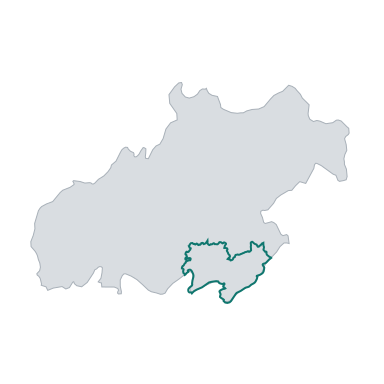 where Zlatiborski sits in Republic of Serbia, rotated 280°
{"feature_id": "SRB-1505", "entity_name": "Zlatiborski", "entity_type": "District", "adm_level": 1, "iso_a3": "SRB", "parent_name": "Republic of Serbia", "parent_adm1": "", "projection": "equal_earth", "projection_center": [19.945, 43.584], "detail": "fine", "context": "in_parent", "style": "outline", "palette": "teal", "viewbox_px": 384, "rotation_deg": 280, "n_neighbors": 0, "source": "natural_earth", "source_scale": "10m", "svg_char_len": 8906}
<svg xmlns="http://www.w3.org/2000/svg" viewBox="0 0 384 384"><g transform="rotate(280 192 192)"><path d="M217.2,143.2L226.8,146.0L231.1,148.6L233.5,152.0L239.6,154.3L249.5,155.4L256.4,158.9L260.4,164.9L266.7,163.4L275.4,154.7L283.9,152.4L292.5,156.6L297.1,160.0L298.0,162.7L296.0,163.8L291.3,163.3L287.4,165.0L284.4,168.9L284.0,173.0L286.2,177.4L289.3,180.4L293.2,182.1L295.3,184.4L295.6,187.3L296.6,188.1L294.4,189.4L292.1,191.4L290.7,194.9L290.5,200.5L283.0,204.9L280.2,205.7L278.9,208.6L277.0,216.8L277.4,223.0L278.4,226.2L278.9,228.8L281.4,231.9L283.7,236.8L285.3,243.2L288.6,248.2L297.1,253.1L301.3,255.9L304.5,260.0L306.9,263.8L313.9,268.7L313.4,272.3L312.0,275.7L310.4,277.4L307.0,281.8L303.7,284.3L298.2,292.2L289.4,292.7L287.3,293.3L284.1,295.4L282.5,299.4L284.1,302.5L284.0,305.7L282.5,312.0L284.7,318.6L287.8,321.7L288.3,323.5L287.8,326.6L283.3,333.0L281.9,335.3L277.3,336.5L275.7,335.9L273.3,333.7L271.0,333.0L265.5,335.6L259.9,337.2L255.4,336.0L251.1,335.8L248.0,336.9L245.7,337.3L241.3,340.1L234.1,342.1L230.8,341.7L229.5,339.1L228.1,335.4L228.8,333.7L233.5,330.8L234.0,328.0L240.5,314.6L241.8,310.2L241.8,308.8L240.1,307.9L236.4,307.9L220.2,302.5L220.9,296.3L216.2,292.9L211.0,290.0L210.1,286.6L204.4,279.9L200.3,276.2L195.0,274.3L190.4,271.5L187.6,269.8L186.4,266.7L186.4,264.9L185.0,263.1L182.8,263.3L179.1,265.8L174.5,267.9L173.7,269.5L175.4,273.2L176.6,275.5L176.1,277.8L174.6,280.6L165.8,286.9L164.8,289.1L166.5,292.6L165.5,294.2L158.1,296.6L158.3,294.6L157.8,291.5L153.6,288.2L147.6,285.7L134.3,276.9L129.2,275.8L124.7,274.8L118.1,270.6L114.8,269.8L111.1,266.8L103.0,256.8L96.1,251.3L91.4,248.5L90.1,245.8L89.9,243.0L90.0,242.1L93.6,238.2L96.3,237.6L99.8,237.5L102.2,239.5L105.2,239.9L106.9,237.3L107.8,233.7L107.4,229.0L100.1,218.2L93.8,210.6L93.1,209.0L94.5,207.5L96.7,206.8L99.0,207.4L105.2,208.0L111.1,207.3L113.1,205.4L113.1,202.9L111.0,200.6L104.1,194.4L98.7,189.0L92.4,184.8L87.8,183.1L86.4,181.0L85.8,178.7L86.4,174.6L86.7,169.3L87.8,166.0L92.0,159.7L96.1,153.1L98.6,146.7L99.9,140.8L99.5,139.1L97.4,137.8L92.9,136.6L86.8,137.7L81.5,139.8L79.5,140.0L78.8,137.3L79.6,136.2L81.3,136.3L82.6,136.8L84.1,135.6L84.9,132.0L82.8,119.7L86.7,118.6L86.8,116.8L87.2,115.2L91.2,117.3L96.9,117.4L101.8,116.9L102.6,115.7L102.5,114.0L101.5,112.6L99.8,111.5L98.5,109.8L95.1,109.0L84.7,104.5L79.5,99.8L79.7,94.8L81.3,92.1L83.1,91.1L82.5,90.2L76.6,87.9L74.6,84.6L76.3,80.5L73.3,72.1L70.1,67.0L73.3,64.7L73.7,61.5L74.0,59.7L75.3,59.8L80.4,57.6L82.3,55.9L83.4,53.9L84.6,53.4L88.0,55.6L91.6,55.8L95.7,54.4L98.7,52.5L102.3,50.9L104.0,49.8L106.1,48.1L110.3,43.0L115.1,41.9L121.6,43.2L128.5,43.7L133.7,42.5L146.9,44.0L149.7,45.2L151.6,46.5L155.0,50.8L158.4,56.5L163.0,59.1L168.5,62.2L171.3,64.4L175.5,71.2L178.8,74.5L179.9,74.3L181.0,73.5L181.8,72.8L182.6,73.4L182.7,75.5L182.9,80.0L182.2,84.9L183.4,89.5L183.4,90.9L182.6,92.2L182.7,93.4L183.8,94.7L188.3,97.7L192.5,102.4L197.3,105.7L201.8,107.8L204.6,108.0L209.2,111.8L218.3,114.5L221.2,115.5L223.2,117.0L224.6,118.8L224.7,120.8L223.3,121.7L221.4,124.4L220.6,127.6L219.2,128.4L217.7,128.4L216.7,129.4L216.9,130.8L218.2,132.1L220.1,133.3L223.7,134.5L227.3,136.2L227.2,137.6L226.5,139.1L222.0,139.7L218.6,139.9L217.1,140.5L217.2,143.2Z" fill="#d9dde1" stroke="#a8b0b8" stroke-width="1"/><path d="M111.0,266.4L108.8,264.7L108.2,263.8L107.2,261.6L106.4,260.6L103.0,257.1L100.5,253.6L99.5,252.9L91.4,249.4L89.9,248.2L88.9,246.1L88.9,243.9L90.1,242.1L91.4,242.1L92.1,240.8L92.7,239.1L93.5,237.8L94.1,237.7L95.6,237.9L96.3,237.9L97.0,237.5L98.4,236.5L99.0,236.3L100.0,236.9L101.0,238.1L101.9,239.6L102.3,240.8L102.8,241.5L103.3,240.9L104.1,239.2L104.8,239.1L107.0,240.0L107.5,239.7L107.6,239.4L107.4,239.0L107.0,238.7L106.7,237.8L106.7,236.8L106.8,235.7L107.0,234.7L108.5,233.3L108.4,231.3L107.0,227.0L105.9,224.5L99.8,218.4L96.7,213.6L94.9,211.4L92.9,209.9L92.2,209.5L92.9,208.9L93.0,208.4L92.7,207.4L92.7,206.8L93.1,206.1L93.6,205.7L94.8,205.3L95.6,205.3L96.4,205.5L97.9,206.5L99.4,207.9L100.2,208.3L101.0,208.3L101.9,208.0L105.0,207.8L108.4,208.1L109.8,208.0L111.2,207.5L113.7,205.8L114.7,204.8L115.2,203.5L114.7,202.1L114.0,201.5L113.5,201.7L113.1,202.1L112.9,202.3L112.3,201.9L111.4,200.8L109.5,199.8L109.1,199.3L109.8,199.1L110.1,198.8L110.7,197.7L111.0,197.5L111.7,197.3L112.5,197.0L112.8,197.0L113.8,197.2L114.0,197.2L114.4,197.1L114.6,196.8L114.8,196.4L115.1,195.9L115.2,195.7L115.1,195.3L115.7,195.2L116.2,195.2L116.9,195.5L117.4,195.6L117.6,195.8L117.8,196.2L118.4,196.6L119.7,197.0L120.2,197.2L120.5,197.4L120.9,197.8L121.2,198.0L121.5,198.1L122.0,198.0L122.3,198.2L122.7,198.6L123.2,199.1L123.4,199.4L123.5,199.7L123.6,199.9L124.1,200.5L124.3,200.8L124.4,201.1L124.4,201.3L124.3,201.7L124.3,201.8L124.4,202.0L124.6,202.1L124.9,202.2L125.8,202.3L126.1,202.2L126.3,202.1L126.5,201.7L126.5,201.0L126.4,200.6L126.2,199.9L125.8,199.0L125.5,198.6L124.8,198.1L124.5,197.8L124.3,197.7L124.4,197.3L124.8,197.1L125.1,197.0L125.4,197.0L125.7,197.0L126.0,197.2L126.5,197.7L127.4,198.2L127.5,198.2L127.8,198.1L128.2,197.6L129.0,197.4L129.2,197.1L129.4,196.5L129.5,196.4L129.8,196.3L131.0,196.4L131.4,196.5L131.8,196.7L132.2,197.0L132.3,197.2L132.3,197.5L132.0,197.9L132.0,198.1L132.1,198.4L132.4,198.8L132.8,199.2L133.4,199.4L134.2,199.8L134.6,200.1L134.9,200.3L135.6,200.4L136.3,200.5L136.5,199.7L136.7,199.3L137.1,199.1L138.2,198.3L138.4,198.6L138.6,198.8L138.8,198.8L139.5,198.8L139.8,198.9L141.3,199.7L141.7,200.8L141.8,201.1L141.8,201.3L141.7,201.5L141.3,202.0L141.1,202.3L141.1,202.7L141.1,202.8L141.3,203.2L141.3,203.4L141.2,203.6L140.9,204.0L140.9,204.5L141.0,204.6L141.8,205.2L142.0,205.5L142.0,205.8L141.8,206.1L141.2,206.8L140.9,207.5L140.9,207.8L141.0,207.9L141.5,208.0L141.6,208.4L141.4,208.8L141.4,209.0L141.5,209.2L141.8,209.4L142.7,210.0L143.0,210.1L143.3,210.1L143.5,210.6L143.7,211.1L143.7,211.3L143.7,211.6L143.4,211.9L142.9,212.2L142.8,212.4L142.8,212.5L142.7,212.7L142.9,213.0L143.5,213.9L144.5,214.7L145.2,215.0L145.8,215.3L146.8,215.7L145.6,216.0L145.2,216.0L144.5,215.9L144.2,216.0L143.9,216.3L143.5,216.9L143.1,217.3L142.8,218.0L142.8,218.4L142.8,218.5L143.1,218.9L143.6,219.2L143.8,219.4L143.9,219.7L143.9,220.0L143.8,220.5L144.3,221.2L144.8,221.6L145.0,221.8L145.2,222.0L145.3,222.3L145.3,222.6L144.8,223.1L144.7,223.4L144.6,223.5L144.8,224.3L144.8,225.2L144.9,225.7L144.9,226.1L145.1,226.4L146.1,227.1L146.4,227.3L147.2,227.6L147.3,227.7L147.4,227.8L147.4,228.4L147.6,229.0L147.3,229.7L147.1,230.3L146.7,230.8L146.7,231.1L147.0,231.5L147.6,231.9L147.8,232.1L147.9,232.4L147.9,232.7L147.9,232.9L147.6,233.5L147.4,234.1L147.1,234.4L146.8,234.5L146.5,234.5L145.4,233.9L144.9,233.7L144.1,233.6L143.5,233.8L143.4,233.8L143.1,233.7L142.9,233.5L142.5,233.5L142.5,233.8L142.7,234.1L142.7,235.0L142.6,235.5L142.7,236.0L142.5,236.4L142.1,236.7L141.5,236.9L141.2,236.8L140.5,236.5L140.2,236.5L139.9,236.7L138.4,238.0L137.6,238.3L137.4,238.5L136.5,239.5L136.3,240.0L136.1,240.2L135.1,240.5L134.9,240.6L134.6,240.5L134.4,240.4L134.0,240.0L133.2,239.4L132.2,238.8L132.1,239.3L132.1,239.8L132.1,240.1L132.3,240.5L132.4,240.8L132.2,241.1L131.7,241.4L131.5,241.6L131.4,241.7L131.3,241.8L131.3,242.0L131.7,242.6L131.9,243.1L132.0,243.2L132.3,243.5L132.6,243.8L133.0,244.0L134.0,244.1L134.7,244.4L134.9,244.6L135.1,245.2L135.3,245.4L135.7,245.5L136.8,245.6L137.3,245.7L137.6,245.9L137.7,246.1L137.8,246.3L137.9,246.9L138.0,247.1L138.3,247.5L138.4,247.9L138.3,248.5L138.3,248.9L138.3,249.1L138.7,249.9L139.0,250.4L139.3,250.7L139.4,250.8L139.7,251.6L140.5,252.5L140.8,253.3L140.9,253.5L141.5,254.1L142.1,254.9L142.1,255.0L142.2,255.5L142.6,256.1L142.7,256.5L143.3,257.2L143.4,257.4L143.4,257.5L143.4,257.8L143.3,258.0L143.0,258.3L143.0,258.6L143.1,258.8L143.3,259.2L143.6,259.4L144.1,259.7L144.7,260.3L144.8,260.3L145.1,260.3L145.8,260.0L147.0,259.8L147.9,259.5L148.1,259.4L149.3,259.4L149.8,259.3L150.5,259.1L151.4,258.9L151.9,258.7L152.1,258.7L152.7,258.9L153.3,259.6L153.4,259.9L153.4,260.2L152.4,261.6L152.2,262.1L151.9,262.5L151.8,263.0L151.6,263.6L151.5,264.6L151.4,264.8L151.1,265.0L149.8,266.0L149.6,266.2L149.5,266.4L149.7,267.2L149.9,267.4L150.6,267.7L150.9,267.9L151.0,268.1L151.2,268.6L151.3,268.8L151.5,268.9L152.2,269.1L152.8,269.6L153.4,269.9L153.6,270.0L154.0,270.7L154.3,271.1L152.2,271.5L151.0,272.0L150.6,272.3L150.3,272.4L149.9,272.5L149.2,272.5L148.4,272.4L147.8,272.4L147.6,272.4L147.4,272.5L146.9,273.2L146.6,273.6L146.1,274.0L145.9,274.2L145.9,274.4L145.9,274.5L146.1,275.0L146.1,275.5L145.7,275.9L145.0,275.8L144.6,275.9L143.6,276.4L143.3,276.6L143.0,277.0L142.6,277.6L142.4,278.0L142.2,278.5L141.9,278.9L141.7,279.2L141.4,280.1L141.3,280.9L141.2,281.1L141.1,281.3L140.9,281.5L138.8,279.6L135.2,277.2L134.7,276.6L134.2,275.9L133.9,275.1L133.4,274.4L132.7,274.2L132.1,274.5L130.7,275.8L130.1,276.3L128.0,276.4L126.1,276.3L124.7,275.8L123.5,274.8L122.4,273.5L120.7,270.4L120.2,270.4L119.7,270.9L118.9,271.1L117.7,271.0L115.0,270.2L113.8,269.6L112.8,268.7L111.0,266.4Z" fill="none" stroke="#0f766e" stroke-width="2"/></g></svg>